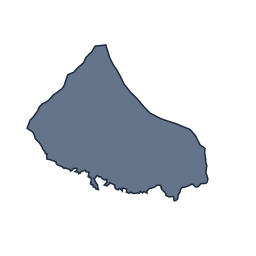 outline of Ora, Larnaca, Cyprus, rotated 202°
{"feature_id": "46923920B82922996247104", "entity_name": "Ora", "entity_type": "district", "adm_level": 2, "iso_a3": "CYP", "parent_name": "Cyprus", "parent_adm1": "Larnaca", "projection": "orthographic", "projection_center": [33.206, 34.856], "detail": "fine", "context": "isolated", "style": "filled", "palette": "slate", "viewbox_px": 256, "rotation_deg": 202, "n_neighbors": 0, "source": "geoboundaries", "source_scale": "gbopen_adm2", "svg_char_len": 2339}
<svg xmlns="http://www.w3.org/2000/svg" viewBox="0 0 256 256"><g transform="rotate(202 128 128)"><path d="M172.1,66.5L171.6,66.9L171.0,67.5L168.4,67.5L165.9,67.8L165.2,66.5L164.0,67.8L163.3,69.9L160.9,71.3L159.8,70.9L159.7,69.3L160.9,67.8L159.7,67.8L157.2,68.3L156.5,67.2L155.3,68.4L155.2,70.1L153.6,71.2L152.3,72.5L151.4,72.8L150.6,71.6L148.5,72.2L147.3,72.1L146.8,68.1L145.5,68.2L145.4,67.6L143.9,68.1L142.8,66.6L142.3,64.6L142.2,63.3L141.9,62.1L140.3,61.7L139.5,62.6L138.2,60.3L136.1,60.8L134.7,59.3L132.2,59.9L133.8,61.5L134.4,62.9L134.9,63.9L135.9,64.4L136.7,64.9L138.2,66.2L140.6,68.2L139.8,69.1L138.8,72.5L136.3,71.8L135.2,72.6L133.7,71.9L132.9,71.3L131.7,71.1L130.7,71.3L129.9,71.1L128.5,72.4L127.2,70.0L128.7,66.2L125.9,66.4L124.1,69.7L124.6,70.2L124.1,70.4L120.7,70.2L118.8,70.1L118.1,68.9L118.1,68.0L116.6,67.1L115.4,66.8L113.8,67.1L113.7,68.6L112.6,68.5L110.8,68.0L109.8,67.5L110.8,70.1L108.7,70.4L107.1,70.8L105.8,70.1L105.6,68.0L102.6,67.9L101.3,69.5L99.8,69.2L97.9,69.5L95.3,71.1L93.1,71.8L92.9,73.8L90.2,73.2L89.5,75.0L86.0,74.8L86.8,76.4L86.3,77.9L85.3,80.0L83.6,81.1L80.7,83.8L80.0,85.6L78.4,86.4L76.6,86.9L74.7,85.8L75.0,84.8L73.4,83.6L70.2,82.3L68.5,81.5L67.5,79.7L64.7,79.5L63.2,79.8L61.3,81.2L59.5,80.8L58.2,77.9L56.4,78.6L55.4,81.2L56.4,84.9L55.8,87.8L56.1,89.1L56.1,91.7L55.2,93.5L52.8,94.6L49.0,98.3L48.6,99.3L46.8,100.1L45.8,99.6L43.7,98.7L41.4,99.3L40.1,101.7L39.8,103.6L38.2,104.3L35.2,105.7L34.3,107.8L34.9,110.9L36.9,113.2L39.1,116.0L39.9,118.9L40.8,122.6L43.1,125.2L44.3,128.3L46.6,132.0L47.9,134.1L48.8,137.8L51.0,138.5L54.6,139.2L62.8,146.3L70.0,149.9L76.9,149.9L84.9,150.0L95.4,149.2L101.6,149.0L113.1,150.0L121.1,153.6L130.6,158.6L138.8,162.0L148.1,167.2L155.1,173.6L157.7,175.6L160.1,177.6L164.9,180.7L171.2,186.2L177.9,194.4L179.6,196.7L189.2,191.6L190.1,185.4L193.5,177.5L193.6,171.9L197.4,164.4L199.1,159.4L203.8,154.9L203.1,143.6L203.9,139.8L206.9,134.8L209.7,130.5L211.6,124.9L213.3,121.7L216.7,118.1L218.3,113.8L218.1,110.4L220.2,102.1L221.7,98.9L221.5,90.0L219.1,89.4L214.9,88.7L212.0,86.1L209.8,83.2L205.0,81.3L200.4,78.0L199.1,76.6L196.1,74.7L195.0,73.2L193.0,73.6L192.9,71.2L192.3,70.0L191.5,68.8L189.6,69.2L187.4,69.6L185.8,69.4L184.4,69.7L182.1,69.6L181.4,68.3L180.2,67.5L178.0,67.3L175.5,67.6L174.2,67.2L172.7,66.7L172.1,66.5Z" fill="#64748b" stroke="#1e293b" stroke-width="1.5"/></g></svg>